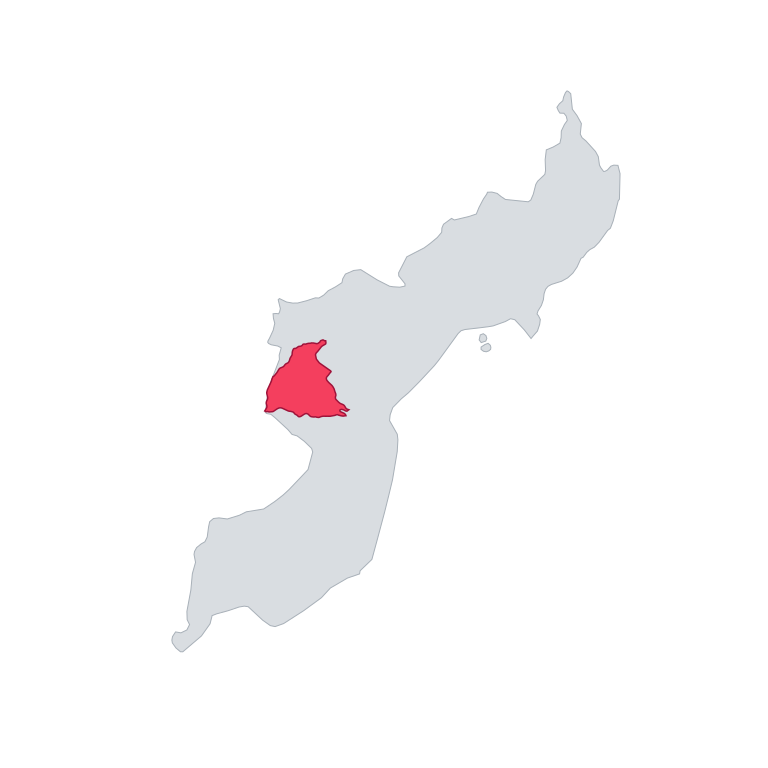 Lilongwe on a map of Malawi (orthographic projection), rotated 51°
{"feature_id": "MWI-1909", "entity_name": "Lilongwe", "entity_type": "District", "adm_level": 1, "iso_a3": "MWI", "parent_name": "Malawi", "parent_adm1": "", "projection": "orthographic", "projection_center": [33.699, -14.021], "detail": "fine", "context": "in_parent", "style": "filled", "palette": "rose", "viewbox_px": 768, "rotation_deg": 51, "n_neighbors": 0, "source": "natural_earth", "source_scale": "10m", "svg_char_len": 5430}
<svg xmlns="http://www.w3.org/2000/svg" viewBox="0 0 768 768"><g transform="rotate(51 384 384)"><path d="M295.6,447.3L291.2,441.1L287.6,442.7L282.5,447.0L279.8,448.2L278.4,448.1L277.5,447.0L276.4,444.2L272.5,436.3L268.1,430.7L263.4,428.6L259.6,426.0L261.3,423.5L263.1,421.7L262.3,419.8L260.2,417.1L251.9,413.2L251.8,411.5L259.0,408.1L263.6,404.1L266.7,400.2L270.6,391.7L273.8,383.2L276.2,380.5L277.0,374.9L276.4,368.6L278.0,360.5L278.8,352.9L276.3,349.9L274.3,344.8L276.7,336.1L280.5,330.1L298.8,323.8L311.6,318.1L314.3,315.6L318.7,310.8L321.1,306.1L319.3,304.6L309.3,304.5L306.8,302.7L299.5,286.2L303.5,267.1L303.8,259.7L303.7,250.4L302.4,243.7L299.2,240.8L297.3,237.2L297.8,227.3L300.8,226.1L307.1,213.0L310.0,205.3L306.6,199.1L302.8,190.3L301.1,184.7L300.1,182.9L302.7,179.4L307.1,176.1L311.9,175.1L317.0,173.5L333.2,157.2L333.4,154.1L330.5,148.6L324.4,140.4L323.1,137.0L322.3,127.1L319.9,124.2L311.0,117.5L304.2,110.5L306.3,103.4L307.5,95.7L304.1,91.4L299.0,87.0L295.9,80.5L294.5,75.7L290.5,73.8L286.8,73.8L284.2,76.8L281.3,76.5L277.8,75.5L276.6,71.3L276.4,66.8L274.0,63.8L271.7,59.5L271.4,57.3L272.8,56.6L275.9,56.2L289.0,64.7L296.9,65.1L305.8,66.7L313.3,74.2L317.2,75.1L322.2,74.1L336.4,73.3L342.2,74.4L349.5,78.8L352.4,79.4L357.0,79.6L357.8,78.4L358.3,75.8L357.5,70.6L358.5,67.7L361.3,64.6L369.1,68.2L388.5,84.7L389.1,86.8L401.4,103.1L405.4,110.0L405.4,113.6L409.2,127.8L410.0,134.5L409.1,139.5L409.3,143.6L410.8,149.4L410.3,151.8L414.6,160.4L416.7,167.5L417.1,174.5L415.9,181.3L412.0,191.2L411.3,195.2L412.1,198.9L414.6,202.8L418.8,207.1L422.0,212.2L424.1,218.3L425.9,221.0L428.1,221.0L432.2,221.9L435.6,225.5L439.4,231.4L440.6,238.2L441.2,241.1L430.2,240.9L416.3,241.9L412.9,244.6L411.8,250.5L407.5,262.7L405.0,267.1L399.9,275.3L392.6,286.8L391.1,290.6L391.4,294.5L395.6,310.2L400.0,326.7L401.4,333.2L404.5,355.1L406.2,370.7L406.4,379.8L407.8,392.0L411.8,398.6L415.9,402.7L431.4,405.3L436.1,408.3L444.8,416.2L463.9,437.8L474.4,451.5L483.6,463.7L500.0,486.2L512.7,503.8L514.1,520.1L516.2,522.5L511.8,534.6L508.8,554.1L510.7,567.1L509.6,589.3L507.0,612.8L504.0,621.3L500.2,624.4L491.3,626.9L471.6,629.7L468.7,632.4L466.1,637.0L462.1,647.8L457.3,658.7L455.8,663.4L456.7,664.5L460.9,670.1L464.9,684.4L465.5,708.9L464.0,710.7L458.2,711.8L452.0,711.4L449.5,710.0L447.2,707.3L445.5,702.0L449.6,698.4L451.1,692.0L448.6,686.5L443.3,685.3L436.7,680.3L422.6,663.8L410.8,652.3L404.0,642.7L396.9,638.9L394.9,636.6L393.2,632.5L393.2,626.8L393.9,622.5L391.7,617.7L384.6,610.2L381.3,606.1L381.2,601.2L384.2,596.5L390.3,590.7L395.0,579.0L396.7,571.4L405.4,556.2L406.6,542.9L406.8,532.3L406.3,524.4L404.2,508.1L402.7,496.9L392.0,482.2L388.5,480.8L378.4,482.0L369.6,484.2L365.3,487.2L358.8,487.4L341.7,489.9L336.3,491.0L333.2,493.7L331.4,494.2L320.6,482.9L311.1,470.6L299.1,449.8L295.6,447.3ZM421.1,286.1L418.2,286.8L416.4,285.3L416.8,280.8L417.9,277.5L420.8,277.0L422.8,277.9L424.2,279.4L424.2,281.8L423.3,284.3L421.1,286.1ZM414.7,277.9L413.0,282.4L409.6,282.3L406.4,278.3L407.4,275.2L410.5,274.3L413.3,275.4L414.7,277.9Z" fill="#d9dde1" stroke="#a8b0b8" stroke-width="1"/><path d="M329.9,493.7L328.8,490.5L328.1,489.4L327.1,488.7L324.9,487.7L324.0,486.9L323.3,485.8L322.9,484.8L322.3,483.8L321.2,482.8L317.8,481.2L316.7,480.4L315.2,478.4L311.0,469.9L309.6,467.9L308.4,465.6L308.6,464.1L307.7,459.9L306.4,456.4L306.2,455.2L306.4,454.2L307.0,452.3L307.2,451.0L306.6,448.4L306.6,447.6L306.7,447.0L306.9,446.3L307.1,445.2L306.9,444.2L306.6,443.3L304.9,440.8L303.7,437.6L303.4,437.0L302.8,436.4L302.2,435.9L301.5,435.2L300.7,434.2L299.9,432.6L299.8,431.9L299.9,431.3L300.5,430.7L300.7,430.1L300.9,429.4L301.0,427.3L301.1,426.7L301.3,426.3L301.8,425.6L302.1,425.1L302.3,424.5L302.5,423.6L302.4,422.9L302.2,422.3L302.2,421.8L302.4,421.4L302.6,421.0L303.7,419.8L303.9,419.4L304.2,418.4L304.6,417.6L305.0,416.9L305.3,416.5L305.9,415.8L306.4,414.6L307.9,412.9L310.3,410.9L310.6,410.4L310.9,409.7L311.0,408.3L311.0,407.5L310.8,407.0L310.6,406.6L310.5,406.2L310.6,405.5L311.3,403.7L311.8,403.4L312.6,403.1L313.0,403.0L313.7,402.1L315.3,403.1L315.7,403.5L316.1,404.1L316.1,404.7L315.6,407.8L315.6,409.1L317.0,415.3L317.1,416.5L317.4,417.7L318.2,418.9L322.1,420.9L326.9,421.0L339.9,417.3L340.7,417.2L341.1,417.4L341.3,418.2L341.4,419.0L341.6,419.8L342.1,421.7L342.4,423.7L342.8,424.7L343.7,425.6L345.2,426.1L348.1,426.0L352.1,425.4L353.2,425.4L354.5,425.5L356.5,425.9L358.9,426.9L360.5,427.4L361.1,427.6L362.1,428.2L362.8,428.8L363.0,429.1L363.4,429.8L364.2,430.5L365.4,431.1L369.6,430.7L371.4,430.3L372.8,429.6L373.8,429.0L374.8,428.6L375.8,428.4L378.8,428.8L379.7,428.8L381.9,427.5L381.8,429.9L380.8,430.8L378.6,431.7L377.5,432.5L376.9,433.1L376.6,433.7L376.5,434.3L376.6,434.8L377.1,435.2L377.8,435.3L378.6,435.0L381.5,433.5L382.1,433.3L382.8,433.2L383.8,433.2L384.7,433.5L383.2,436.0L381.7,437.4L379.6,438.9L378.6,439.4L378.2,440.0L377.8,440.8L377.5,441.9L375.2,446.1L374.4,447.1L373.3,448.4L372.2,449.8L371.0,451.2L370.3,452.3L369.8,453.3L369.0,455.7L367.7,457.0L366.4,457.9L365.5,459.3L364.5,460.3L363.5,461.2L362.6,461.6L359.5,462.0L358.3,462.7L357.7,463.5L357.3,464.7L356.9,468.6L356.5,470.0L355.8,470.8L355.1,471.1L354.4,471.1L353.6,471.2L351.6,472.0L350.8,472.2L349.4,472.1L348.4,472.4L346.6,473.7L345.6,474.7L344.7,475.4L339.0,478.2L338.0,478.8L337.2,479.6L336.6,480.6L336.2,481.9L336.0,483.2L335.7,486.9L335.5,487.8L333.6,490.6L332.9,491.3L332.1,491.8L331.4,493.0L329.9,493.7Z" fill="#f43f5e" stroke="#9f1239" stroke-width="1.5"/></g></svg>